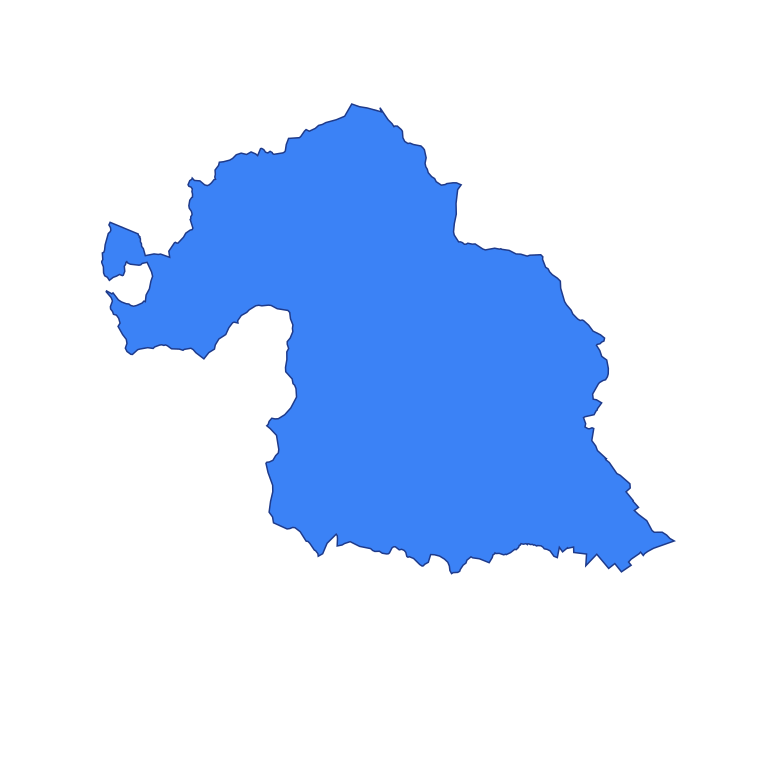 Gheorgheni, Harghita, Romania (Natural Earth projection), rotated 245°
{"feature_id": "2599482B22806778816742", "entity_name": "Gheorgheni", "entity_type": "district", "adm_level": 2, "iso_a3": "ROU", "parent_name": "Romania", "parent_adm1": "Harghita", "projection": "natural_earth1", "projection_center": [25.7, 46.772], "detail": "fine", "context": "isolated", "style": "filled", "palette": "blue", "viewbox_px": 768, "rotation_deg": 245, "n_neighbors": 0, "source": "geoboundaries", "source_scale": "gbopen_adm2", "svg_char_len": 6171}
<svg xmlns="http://www.w3.org/2000/svg" viewBox="0 0 768 768"><g transform="rotate(245 384 384)"><path d="M119.1,580.7L123.2,577.8L127.7,576.3L132.1,573.5L135.4,566.3L137.9,565.0L149.0,564.4L158.1,559.6L163.6,557.4L164.6,562.5L172.7,560.1L173.0,560.6L184.0,557.8L185.7,563.2L189.6,564.7L201.4,559.5L204.4,557.2L217.6,555.0L221.7,553.0L222.4,554.0L223.0,553.1L223.5,553.4L233.5,549.3L238.3,549.7L244.9,548.4L255.0,555.3L256.4,554.0L256.6,551.2L257.3,550.0L260.1,548.0L262.8,550.0L269.2,550.6L269.4,552.3L267.4,561.4L270.0,564.9L270.3,566.2L271.4,567.0L274.9,573.3L279.9,569.9L281.8,567.2L286.7,568.8L293.4,578.2L294.2,579.9L294.6,584.1L294.2,586.6L296.1,589.5L298.4,591.5L303.3,593.9L311.6,596.0L317.0,593.0L323.1,593.7L329.3,592.9L329.8,594.0L329.2,596.7L330.0,599.2L330.0,601.5L332.4,603.3L337.1,601.0L343.6,595.8L350.9,594.3L357.1,591.7L358.2,590.7L358.7,588.6L361.1,587.0L367.7,584.7L371.8,584.8L378.7,582.9L382.4,582.5L396.1,584.6L402.7,587.3L406.6,585.9L412.0,582.7L415.7,581.5L419.0,581.4L421.5,579.8L430.0,580.4L432.2,581.7L434.9,580.7L439.1,570.6L439.4,567.8L443.9,562.8L446.0,558.7L452.2,553.9L456.4,547.5L457.2,547.1L457.4,545.7L460.3,541.7L462.7,532.5L464.6,530.6L472.4,525.8L473.4,523.2L476.2,519.4L476.0,517.6L476.7,515.9L478.9,514.9L480.5,513.4L481.3,511.7L489.3,510.6L492.5,511.3L499.6,515.5L507.4,521.3L517.2,525.6L529.0,532.9L531.9,538.1L535.6,534.8L537.1,531.8L539.1,525.6L538.9,523.8L540.0,520.0L545.3,516.8L548.8,516.7L551.8,514.8L556.8,513.4L560.4,514.0L563.2,513.7L566.7,514.5L571.2,517.8L579.2,519.6L581.2,519.2L584.1,518.1L588.6,511.9L591.3,509.4L591.9,507.3L595.1,505.3L599.2,505.2L605.3,507.5L607.3,507.2L612.1,505.1L613.2,502.9L613.0,501.8L616.5,501.3L621.8,499.4L636.1,497.1L631.9,496.5L641.3,485.4L645.7,478.9L651.4,473.1L643.3,461.5L643.7,452.2L645.5,441.8L645.3,437.8L646.0,434.0L644.7,429.7L644.7,423.1L647.5,420.9L646.8,418.8L643.5,413.2L643.0,411.4L646.9,401.3L642.3,396.6L637.0,393.1L636.3,391.9L636.2,390.0L638.7,381.3L640.0,380.4L641.0,380.5L643.0,379.1L642.5,376.4L644.1,374.6L647.2,374.1L649.2,372.7L649.5,371.6L644.4,366.0L646.8,364.9L650.5,361.6L650.1,356.5L653.6,352.1L654.2,347.0L652.4,342.1L652.1,338.8L653.3,332.4L654.6,328.5L652.0,326.4L649.3,321.3L645.2,319.7L643.1,318.1L640.7,317.8L641.1,316.4L639.2,312.6L638.4,309.8L638.5,307.7L640.3,305.6L645.9,303.0L648.6,298.2L651.7,297.2L650.8,296.4L650.4,293.9L647.4,290.6L645.7,290.7L644.0,292.3L641.8,292.7L639.5,291.2L637.2,290.8L634.3,289.4L634.3,288.5L632.6,285.6L628.1,282.5L625.6,281.8L622.0,282.4L619.7,282.0L618.6,281.6L617.2,279.5L615.3,278.7L615.1,277.9L606.1,276.7L605.0,275.5L605.4,273.3L604.5,268.1L601.8,264.4L598.8,256.9L599.2,255.8L600.6,254.8L600.5,253.7L595.3,245.1L589.4,243.3L596.2,236.4L596.8,234.2L599.1,230.5L601.2,221.9L608.3,223.1L611.2,222.5L613.9,223.5L615.7,223.3L618.6,224.6L620.3,224.3L620.4,225.0L622.5,224.3L623.9,224.6L646.3,204.1L644.4,201.9L641.3,202.2L638.8,201.4L637.8,200.3L636.9,197.7L628.0,190.1L623.4,187.3L621.8,185.7L621.8,184.1L615.6,181.7L614.4,180.0L613.3,179.5L608.8,179.2L603.2,176.8L600.1,176.6L597.6,178.4L594.0,178.9L595.1,183.6L594.8,187.3L595.1,190.5L592.8,192.7L592.8,193.7L595.7,196.7L600.5,198.4L601.5,200.2L603.3,201.5L603.6,202.6L602.2,202.7L599.8,204.7L595.2,212.2L594.8,213.9L595.5,215.8L594.4,220.7L583.9,220.7L579.4,219.8L575.7,216.2L569.4,211.6L565.2,206.0L559.5,202.5L560.6,201.5L559.6,198.9L559.7,193.0L560.3,189.9L562.3,187.6L564.3,186.6L565.7,184.3L569.3,180.8L572.5,178.8L581.1,176.9L580.7,175.5L585.6,171.9L585.0,171.2L577.8,173.2L574.8,173.1L573.7,172.7L569.7,168.7L567.5,167.9L564.4,168.6L561.5,168.3L559.5,170.6L555.7,171.3L550.7,170.5L548.6,167.3L539.2,168.0L533.4,169.3L529.4,168.2L525.8,164.7L522.1,164.8L517.9,167.1L517.1,168.5L519.2,175.3L518.9,177.3L516.8,185.2L513.8,189.8L514.5,191.8L514.1,197.0L513.5,199.1L512.0,200.8L511.8,202.4L510.3,203.8L505.7,206.3L502.1,213.3L499.5,216.1L499.8,217.6L498.0,224.1L495.8,225.6L491.9,226.7L482.9,231.4L486.5,238.5L487.3,245.1L490.7,247.6L494.6,253.4L495.7,261.5L500.6,267.2L503.5,272.7L503.4,274.3L501.0,277.4L503.2,278.1L506.4,283.6L506.9,289.9L508.2,293.2L509.1,300.9L508.3,303.8L506.5,306.3L504.3,312.6L502.9,314.9L497.4,319.0L491.3,328.0L488.7,328.8L482.6,326.8L476.0,326.4L473.1,324.5L470.0,323.5L465.3,318.4L463.3,314.2L460.9,313.1L456.5,312.6L454.2,309.5L447.2,306.3L440.6,301.7L436.6,300.1L427.4,302.9L422.8,301.7L420.7,302.5L417.0,302.3L409.1,299.2L401.7,289.4L398.1,281.0L397.2,273.5L398.4,270.5L400.4,267.8L398.7,264.1L396.3,261.9L395.7,260.1L391.7,262.0L382.9,264.9L369.2,261.0L366.2,259.1L364.9,255.6L361.8,251.1L361.8,247.1L362.6,244.7L362.0,243.5L352.8,241.5L339.3,240.3L333.4,237.7L325.6,231.6L316.4,225.7L310.6,226.8L304.9,225.2L293.6,234.9L292.8,237.5L292.6,240.6L291.4,242.6L285.6,245.6L274.5,247.0L273.4,248.6L271.0,249.4L262.8,250.7L262.0,251.5L258.2,252.4L255.7,251.6L256.1,256.7L263.7,265.1L268.1,277.2L266.2,277.5L263.5,276.5L257.0,273.1L255.8,278.0L256.1,280.8L255.4,286.7L247.1,293.3L240.5,302.3L237.9,303.4L236.1,305.0L234.3,309.2L231.4,310.9L228.9,314.5L228.3,316.1L228.6,317.5L232.1,322.0L232.4,323.9L231.7,325.5L227.3,327.7L226.7,330.2L224.6,332.0L222.2,332.6L218.1,331.8L216.9,332.5L216.7,334.0L213.4,337.1L205.3,340.1L202.9,341.6L202.6,342.8L203.4,344.7L203.7,348.8L209.7,354.2L207.9,357.6L204.5,361.7L199.8,364.8L195.5,366.5L191.4,366.3L187.1,364.9L183.6,365.1L183.8,367.0L182.1,371.2L182.3,373.5L183.7,374.8L186.4,379.2L187.1,382.6L189.3,384.7L190.6,389.8L189.0,390.9L185.3,396.6L177.6,403.8L180.9,408.7L183.1,410.6L183.3,412.3L184.0,413.2L183.1,413.7L181.8,416.9L178.6,420.3L178.3,422.3L177.7,422.7L177.7,427.4L178.9,432.6L178.0,433.8L179.0,436.8L180.6,438.5L180.4,439.5L181.4,440.7L179.9,442.6L179.3,445.2L177.8,446.1L178.4,446.9L177.8,447.9L176.7,448.7L175.9,450.8L174.8,451.4L174.7,452.3L172.6,454.0L172.7,454.9L171.0,457.9L169.0,459.1L166.9,459.6L165.1,462.0L162.6,464.0L156.1,465.2L153.4,467.7L161.9,473.9L156.4,474.9L157.9,480.7L157.6,480.6L156.1,486.9L151.1,484.8L144.3,495.7L134.0,490.1L139.8,504.9L121.9,509.7L123.7,517.3L113.4,519.8L115.3,531.4L119.3,530.4L120.8,534.1L122.4,543.7L123.2,545.5L119.0,546.5L120.1,548.5L120.8,552.3L121.2,558.9L119.1,580.7Z" fill="#3b82f6" stroke="#1e3a8a" stroke-width="1.5"/></g></svg>